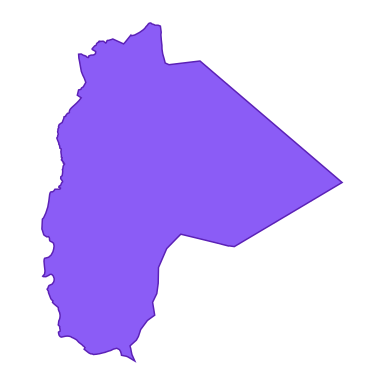 Huautepec, Oaxaca, Mexico
{"feature_id": "50627088B22205317391401", "entity_name": "Huautepec", "entity_type": "district", "adm_level": 2, "iso_a3": "MEX", "parent_name": "Mexico", "parent_adm1": "Oaxaca", "projection": "orthographic", "projection_center": [-96.804, 18.07], "detail": "fine", "context": "isolated", "style": "filled", "palette": "violet", "viewbox_px": 384, "rotation_deg": 0, "n_neighbors": 0, "source": "geoboundaries", "source_scale": "gbopen_adm2", "svg_char_len": 4809}
<svg xmlns="http://www.w3.org/2000/svg" viewBox="0 0 384 384"><path d="M130.9,35.1L130.3,35.8L125.0,42.4L123.6,43.9L119.4,42.0L112.8,39.0L111.2,39.6L110.4,39.8L108.6,40.4L107.9,40.3L107.1,40.6L106.6,41.7L106.3,42.4L105.8,43.0L104.6,42.2L103.6,41.3L102.0,41.2L100.7,41.5L99.9,41.1L99.4,41.2L98.9,41.4L99.2,41.8L98.8,42.2L98.4,42.4L98.1,42.5L97.6,42.7L97.1,43.1L96.8,43.4L96.6,43.7L96.5,43.9L96.4,44.7L96.2,45.0L96.0,45.3L95.7,45.5L95.1,45.7L94.7,45.9L94.4,46.2L92.2,48.7L92.1,48.9L92.1,49.1L92.2,49.4L92.4,49.6L93.3,50.1L95.5,51.4L95.7,51.7L95.7,52.0L95.5,53.5L95.3,53.8L94.9,54.1L94.5,54.4L94.1,54.7L93.9,54.8L93.7,54.9L93.0,55.0L92.3,55.1L91.9,55.1L91.2,55.1L90.7,55.2L89.7,55.6L89.0,55.8L88.8,56.1L88.7,56.2L88.6,56.6L88.6,56.9L88.6,57.2L88.4,57.5L88.0,57.5L87.5,57.4L87.2,57.3L86.9,57.1L86.6,56.8L86.2,56.4L86.0,56.2L85.7,56.0L85.3,56.0L85.1,55.8L84.6,55.5L84.0,55.6L83.3,55.2L81.2,54.0L79.8,54.1L78.6,54.2L78.8,57.2L78.9,58.3L79.4,60.7L79.6,61.8L80.6,67.5L81.3,71.3L81.7,72.4L82.8,75.2L83.9,77.4L84.3,78.3L85.8,82.4L83.3,86.8L81.5,88.0L81.1,88.8L80.8,89.4L78.6,89.9L77.3,95.2L81.2,97.8L79.0,100.6L76.6,103.1L71.7,107.6L70.6,108.8L70.2,109.3L69.9,109.8L69.7,110.3L69.3,111.4L69.4,112.4L68.8,113.0L68.1,113.3L67.6,113.3L67.1,113.8L66.1,115.1L65.9,115.4L65.7,115.8L65.6,116.4L64.1,116.7L63.7,118.6L62.9,120.6L62.2,122.5L60.9,123.3L59.2,124.5L58.5,126.4L58.8,127.7L58.2,128.3L57.9,129.7L57.9,130.8L57.6,131.7L57.8,132.6L58.3,134.1L57.7,135.5L57.6,136.8L56.8,138.0L57.7,140.4L58.8,143.1L58.8,144.2L59.5,145.4L59.8,147.2L59.9,148.2L61.1,148.9L61.2,149.8L60.9,151.4L61.0,152.8L61.3,154.7L61.4,155.5L61.3,157.1L61.8,157.4L62.1,157.6L62.0,158.2L61.8,158.7L61.9,158.9L61.9,159.2L61.8,159.5L61.5,159.5L61.4,159.8L61.6,159.9L61.7,160.2L62.3,160.5L62.3,160.8L62.4,161.2L62.8,161.4L62.9,162.0L63.2,162.0L63.3,162.3L63.6,162.4L63.8,162.6L63.8,163.0L63.5,163.5L64.5,164.1L63.8,165.0L63.2,166.0L62.9,168.3L62.8,169.1L62.4,169.4L62.5,169.8L62.7,171.6L62.5,173.5L62.2,175.6L60.8,176.8L60.7,178.5L61.1,179.3L62.4,180.9L62.6,181.8L62.0,182.4L61.5,183.1L61.2,183.9L60.9,184.7L60.8,185.0L60.4,185.5L59.9,185.6L59.7,186.0L59.2,186.1L59.0,186.6L58.8,186.8L58.8,187.2L59.4,187.4L60.0,187.8L60.5,188.1L60.4,188.7L59.9,189.0L59.1,189.2L57.6,189.2L55.9,189.2L55.0,189.2L54.5,189.9L54.1,190.6L53.4,191.2L52.6,191.8L51.7,191.8L51.0,191.9L50.5,192.2L50.2,192.7L49.7,194.2L49.2,198.2L48.9,200.7L48.6,202.5L47.8,207.0L45.8,213.1L43.6,217.8L42.4,219.1L42.3,220.6L41.9,229.1L42.4,230.3L42.8,231.7L43.2,233.0L43.5,233.7L43.6,234.4L43.9,234.9L44.3,235.3L45.6,236.1L46.9,236.9L48.3,236.6L49.2,237.4L49.5,238.6L49.5,239.7L49.7,240.5L50.2,241.2L51.9,242.0L53.5,243.2L54.1,246.0L53.7,248.8L53.0,251.6L51.1,255.1L48.5,257.3L44.6,258.3L44.2,259.3L44.0,261.2L44.4,265.8L45.0,271.1L44.5,274.2L42.7,276.2L43.2,276.6L45.9,276.7L48.6,275.4L50.1,274.4L51.2,274.3L52.2,274.8L53.2,275.9L54.2,278.6L54.1,280.5L53.6,282.1L52.0,284.2L50.8,284.7L49.2,285.4L48.8,285.8L48.3,286.9L47.9,288.1L47.3,288.8L47.1,289.2L47.3,289.5L47.9,290.5L48.4,291.2L48.5,292.7L50.7,298.4L51.4,299.6L52.9,300.8L52.5,302.4L54.2,304.1L57.2,306.6L58.3,307.5L58.3,308.3L58.4,309.6L58.9,311.0L59.6,312.5L60.1,315.2L60.0,317.0L59.8,318.2L59.4,319.6L58.9,320.6L58.7,321.5L58.6,322.3L58.5,323.3L58.4,324.2L58.2,324.9L58.6,325.3L59.7,326.5L59.7,327.9L60.1,329.6L60.1,331.1L59.3,331.6L58.5,332.1L58.5,332.9L59.0,335.0L59.5,335.8L60.1,336.5L60.7,336.9L61.5,337.1L64.2,336.5L65.8,336.2L66.9,336.1L67.9,336.1L69.4,336.3L70.8,336.7L71.8,337.4L73.3,338.0L76.5,339.8L78.9,342.4L80.9,343.9L82.4,345.1L82.9,345.8L83.8,346.3L85.0,347.7L84.1,349.2L86.5,351.1L88.8,352.9L90.6,353.8L91.5,353.9L92.2,353.9L93.4,354.5L96.5,354.2L98.3,353.9L99.6,353.7L102.3,353.0L103.9,352.6L105.0,352.4L105.7,352.1L108.5,351.1L110.7,350.5L112.9,349.4L113.5,349.1L116.8,348.3L118.2,349.0L119.4,349.6L120.6,351.6L121.3,354.0L121.5,355.3L126.1,356.2L127.5,356.7L130.3,358.3L132.9,359.9L134.8,361.0L131.9,354.5L131.0,350.2L130.8,348.9L130.0,345.9L132.3,343.8L136.4,340.1L137.5,338.1L138.4,336.5L140.7,329.5L142.2,327.5L143.0,326.4L147.4,320.5L149.8,318.7L154.7,315.2L153.5,307.8L152.6,302.3L154.8,297.7L156.8,293.6L158.2,283.3L158.4,272.3L158.5,267.5L160.2,263.6L164.4,253.9L166.7,248.6L177.0,238.0L180.8,234.2L198.6,238.5L216.5,242.9L228.5,246.0L229.5,245.9L234.3,246.6L342.1,182.5L223.7,81.3L200.0,61.0L169.0,64.7L165.2,63.0L164.2,59.1L162.7,53.8L162.0,49.1L161.9,44.9L161.8,44.5L161.3,39.9L160.9,34.8L161.2,32.3L160.4,26.1L160.2,26.0L159.6,25.8L158.4,25.3L157.9,25.2L157.1,25.2L156.0,25.2L155.2,25.2L154.8,25.1L154.2,24.7L153.6,24.4L152.7,24.2L152.2,24.0L151.6,23.7L151.1,23.2L150.7,23.0L150.0,23.0L148.9,23.4L148.0,24.3L147.5,25.1L145.9,26.8L145.4,27.6L144.8,28.3L144.3,28.8L143.5,29.6L140.6,31.7L139.4,32.5L137.7,33.4L134.5,35.1L131.4,35.7L131.1,35.5L130.9,35.1Z" fill="#8b5cf6" stroke="#5b21b6" stroke-width="1.5"/></svg>